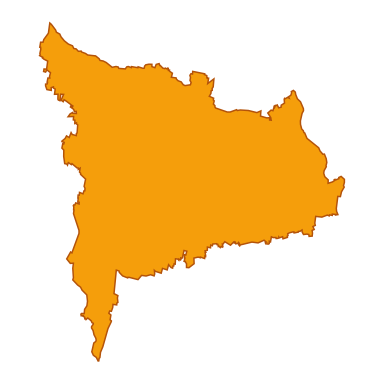 the district of Mueang Suphan Buri, Suphan Buri, Thailand
{"feature_id": "78962969B42801469218282", "entity_name": "Mueang Suphan Buri", "entity_type": "district", "adm_level": 2, "iso_a3": "THA", "parent_name": "Thailand", "parent_adm1": "Suphan Buri", "projection": "equal_earth", "projection_center": [100.048, 14.472], "detail": "fine", "context": "isolated", "style": "filled", "palette": "amber", "viewbox_px": 384, "rotation_deg": 0, "n_neighbors": 0, "source": "geoboundaries", "source_scale": "gbopen_adm2", "svg_char_len": 5812}
<svg xmlns="http://www.w3.org/2000/svg" viewBox="0 0 384 384"><path d="M337.9,214.6L336.6,211.4L336.3,208.5L337.8,196.4L340.4,196.6L341.5,191.8L344.2,187.1L343.5,185.7L344.4,182.4L344.4,179.3L341.1,176.4L338.8,177.5L338.9,178.6L335.0,180.2L334.9,179.4L334.2,179.7L334.4,180.6L332.5,181.9L328.1,183.3L328.2,179.9L324.8,176.7L323.7,173.2L324.1,170.7L326.3,166.7L326.0,165.9L326.8,162.5L326.2,158.6L324.4,154.1L322.8,154.2L320.0,150.9L318.7,147.8L307.0,138.4L304.7,132.9L303.9,132.6L303.3,130.7L301.7,129.0L300.5,124.4L300.4,120.9L302.1,113.3L303.5,110.7L303.4,108.6L300.5,101.8L297.4,98.8L295.7,94.5L295.3,92.1L293.4,90.4L291.3,91.6L291.6,92.9L290.8,95.3L288.5,96.8L289.1,98.1L287.5,97.4L285.4,98.7L284.6,98.3L284.2,99.2L284.5,103.1L281.2,105.2L281.1,107.2L278.7,107.8L277.2,104.9L275.3,106.0L275.1,105.5L274.1,106.2L274.7,107.1L274.3,107.9L273.9,107.6L272.9,110.7L271.1,110.1L267.8,113.0L270.7,117.5L271.2,120.2L269.6,120.0L269.6,117.7L266.8,117.9L260.5,116.1L260.9,110.9L256.9,112.6L248.3,110.5L240.3,110.0L237.3,110.5L236.6,109.7L230.2,112.0L227.2,112.0L215.6,108.0L215.0,107.2L214.9,105.6L213.4,104.1L214.2,100.9L213.3,100.0L213.6,98.2L209.3,96.3L210.9,93.5L211.2,90.7L212.2,90.4L212.2,88.4L213.2,86.9L213.9,78.9L207.7,83.6L208.6,78.3L207.5,78.4L207.5,77.7L206.8,77.7L206.8,75.6L204.5,74.6L204.7,73.8L192.7,71.4L192.5,74.0L191.0,73.7L189.9,75.3L190.5,77.6L190.0,80.4L191.1,82.5L190.4,84.8L185.0,85.6L183.2,84.7L181.2,81.9L178.0,80.7L176.4,79.1L176.1,77.9L171.4,77.3L172.4,73.2L169.5,71.2L169.5,70.1L168.4,70.3L168.3,68.3L167.7,68.1L167.0,68.9L165.3,68.1L164.7,68.6L162.8,68.1L160.3,65.5L159.8,65.5L159.1,63.6L156.2,64.4L154.9,67.7L151.9,66.6L151.9,64.3L148.9,64.2L145.8,64.8L144.6,66.1L144.2,68.2L142.9,68.3L138.1,66.8L137.9,67.7L131.5,66.6L131.3,67.6L128.2,66.5L126.7,66.9L125.3,68.9L118.8,68.4L118.2,67.0L116.0,66.5L112.2,67.3L106.2,62.5L103.2,61.0L100.0,60.4L99.1,58.7L95.6,55.9L87.7,55.0L85.6,53.5L81.6,52.0L81.2,51.1L78.4,51.3L76.1,48.9L73.8,48.5L72.5,45.8L68.4,44.1L64.3,40.8L61.0,36.8L59.8,34.1L56.4,32.2L55.6,30.0L51.3,24.3L49.8,23.0L48.4,33.2L43.8,39.5L43.0,42.2L40.6,42.2L39.8,47.2L40.6,47.2L40.8,49.2L39.9,53.4L40.2,54.7L39.6,55.6L42.8,57.3L42.4,57.9L43.8,59.1L47.7,61.1L46.6,69.1L44.0,69.0L43.6,71.5L45.6,72.1L46.9,69.9L50.5,72.7L49.5,76.5L49.8,78.0L47.9,78.0L47.1,82.2L47.5,82.3L47.2,83.9L45.6,84.1L45.6,85.9L46.9,89.6L51.3,90.4L51.2,87.6L53.4,86.9L53.4,88.0L55.2,89.1L54.5,94.3L58.0,94.2L57.9,99.2L58.3,100.0L59.9,100.7L60.7,94.2L63.6,94.4L61.1,100.2L63.2,101.7L64.1,99.7L66.5,101.3L71.3,104.9L70.4,107.0L71.3,107.6L72.1,105.5L72.9,106.0L72.0,108.1L73.6,109.3L74.5,111.6L76.2,111.4L76.4,113.5L72.8,113.4L72.6,112.5L70.2,113.8L68.1,116.7L73.6,116.5L73.3,119.9L74.9,120.2L74.8,123.5L76.4,122.9L76.3,123.8L77.7,124.8L77.1,132.9L76.4,133.5L76.3,135.6L72.2,134.5L71.1,132.6L69.2,137.5L66.5,135.9L65.1,138.5L62.0,141.0L61.9,141.6L64.2,142.4L63.7,144.0L62.7,143.8L61.9,148.1L63.8,150.1L63.7,156.3L64.7,163.6L66.9,164.1L67.5,165.1L68.3,162.6L71.4,164.6L72.0,163.7L77.0,167.9L78.2,168.0L78.3,169.4L80.1,168.2L79.5,172.1L80.6,173.2L80.6,174.4L85.6,179.1L84.1,186.4L85.0,188.2L84.8,190.8L84.0,190.8L83.0,193.8L79.5,192.4L79.3,195.1L78.1,195.1L77.9,198.0L78.3,198.0L77.8,201.9L79.2,202.3L79.1,204.0L75.7,202.9L74.8,205.0L73.8,204.9L73.3,205.8L73.8,206.8L73.6,209.8L74.0,210.0L73.5,213.6L79.0,230.4L79.0,233.4L71.9,252.9L70.6,252.0L66.7,258.9L70.3,263.4L73.4,263.2L72.8,268.3L73.4,277.7L72.8,279.9L77.6,285.0L80.5,287.1L82.1,290.2L86.8,294.9L87.5,301.3L86.9,305.8L84.6,309.3L84.2,313.5L81.5,313.5L80.9,314.2L81.2,315.8L83.3,315.6L83.1,316.3L84.6,317.1L84.8,318.8L85.5,318.6L86.0,319.6L87.8,318.0L91.1,320.7L92.0,322.7L93.3,323.3L93.2,324.3L91.6,326.5L91.5,327.9L93.1,330.6L94.0,334.7L95.8,338.2L96.2,340.2L95.7,341.5L93.8,343.0L91.8,351.8L93.4,355.3L96.3,357.4L98.1,361.0L98.8,360.9L99.1,358.4L99.9,357.6L100.5,352.3L102.8,346.8L108.0,328.5L111.3,321.6L111.4,320.9L110.1,319.8L110.9,315.0L108.8,313.2L109.7,311.0L111.4,311.3L112.7,307.6L113.0,304.4L116.7,304.9L116.8,303.1L117.9,302.4L117.4,298.0L117.9,295.6L114.0,293.6L116.3,270.1L119.1,271.0L119.3,272.4L122.6,275.9L127.7,277.9L128.0,277.3L129.4,277.4L138.0,279.6L141.6,275.4L146.1,276.0L150.6,274.7L154.1,275.9L154.7,273.9L154.4,270.4L155.5,271.4L161.2,273.2L162.5,268.4L167.2,269.9L168.6,264.7L171.1,267.6L172.6,268.1L172.9,266.0L173.7,266.0L174.1,263.8L175.2,264.1L175.5,258.8L177.8,259.1L178.8,260.2L179.0,259.1L180.4,260.0L180.9,259.6L180.8,257.9L182.0,258.2L182.5,257.4L184.0,250.5L186.8,251.2L185.8,255.0L184.5,254.7L184.5,258.2L184.9,258.2L184.1,261.3L185.4,261.5L185.4,262.2L186.5,263.6L186.5,267.5L188.9,267.7L194.1,263.7L193.9,258.1L198.1,257.1L200.3,257.7L200.4,257.1L204.6,258.5L204.9,256.1L205.6,256.5L205.7,255.9L205.1,252.4L205.8,252.3L205.1,250.8L207.3,250.3L207.4,247.1L210.5,247.8L210.7,245.1L212.4,245.7L212.8,244.0L216.7,243.7L217.0,244.6L217.8,244.4L218.3,246.4L218.8,246.0L220.3,247.6L221.2,246.4L222.2,247.2L222.9,246.8L222.4,244.1L222.9,244.2L224.8,241.7L230.5,245.2L233.6,242.1L233.9,242.6L234.4,242.1L234.6,242.8L235.3,242.3L235.7,243.8L237.8,243.5L238.5,242.4L239.4,243.5L238.7,244.8L239.7,245.9L240.3,244.9L251.9,242.1L258.1,242.9L264.1,240.2L266.3,242.1L265.3,242.3L265.7,243.8L268.3,244.1L269.2,243.6L269.3,241.2L270.5,241.9L271.4,236.8L273.1,237.6L275.9,237.5L276.1,238.5L277.6,238.4L278.9,238.0L278.9,237.1L279.5,237.8L282.6,236.7L283.0,238.8L287.4,237.4L287.2,236.2L288.0,235.6L287.7,233.7L289.5,232.8L292.6,232.0L293.9,231.9L293.9,232.8L294.5,232.9L298.3,232.1L298.4,231.4L300.0,231.3L302.0,230.0L302.2,232.1L303.5,234.5L306.9,234.1L308.8,234.5L309.1,236.4L312.2,236.1L312.5,233.1L312.1,230.4L314.2,229.5L312.9,226.5L315.3,225.4L314.8,223.2L315.7,216.4L321.9,217.1L327.3,215.1L329.2,215.9L329.5,214.9L332.3,215.4L332.3,214.1L335.7,214.4L335.6,215.0L337.9,214.6Z" fill="#f59e0b" stroke="#b45309" stroke-width="1.5"/></svg>